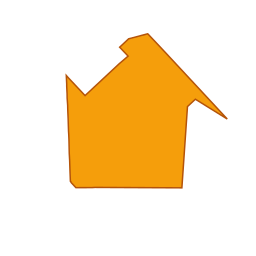 outline of Mineral, Nevada, United States of America, rotated 47°
{"feature_id": "52423323B72214422766", "entity_name": "Mineral", "entity_type": "district", "adm_level": 2, "iso_a3": "USA", "parent_name": "United States of America", "parent_adm1": "Nevada", "projection": "robinson", "projection_center": [-118.71, 38.484], "detail": "fine", "context": "isolated", "style": "filled", "palette": "amber", "viewbox_px": 256, "rotation_deg": 47, "n_neighbors": 0, "source": "geoboundaries", "source_scale": "gbopen_adm2", "svg_char_len": 558}
<svg xmlns="http://www.w3.org/2000/svg" viewBox="0 0 256 256"><g transform="rotate(47 128 128)"><path d="M47.5,137.3L50.9,140.2L54.1,142.9L55.7,144.4L61.4,149.2L64.6,152.1L70.3,156.7L73.2,159.3L80.2,165.3L89.8,173.7L92.6,176.0L96.1,179.0L106.3,188.1L111.8,192.7L119.6,199.5L127.7,206.5L128.8,206.5L129.1,206.8L136.1,206.8L147.1,194.9L148.9,192.7L208.5,129.4L152.9,69.9L152.9,59.1L189.1,49.3L91.8,49.2L72.8,49.3L72.5,49.4L63.2,66.7L63.2,79.0L75.5,78.9L75.0,90.5L75.0,137.3L50.9,137.4L47.5,137.3Z" fill="#f59e0b" stroke="#b45309" stroke-width="1.5"/></g></svg>